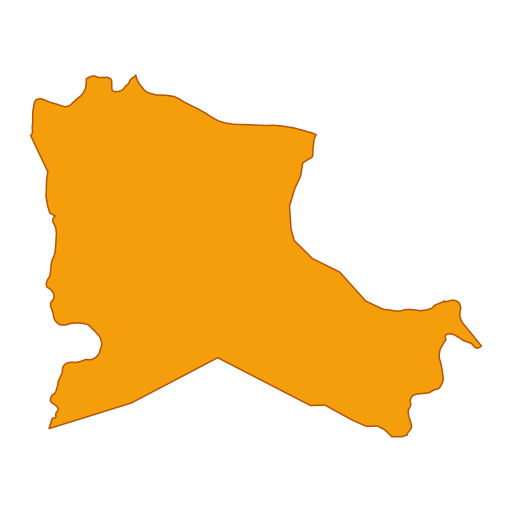 Bosquet D'Or, Dennery, Saint Lucia
{"feature_id": "8701671B26596683393313", "entity_name": "Bosquet D'Or", "entity_type": "district", "adm_level": 2, "iso_a3": "LCA", "parent_name": "Saint Lucia", "parent_adm1": "Dennery", "projection": "albers", "projection_center": [-60.913, 13.929], "detail": "fine", "context": "isolated", "style": "filled", "palette": "amber", "viewbox_px": 512, "rotation_deg": 0, "n_neighbors": 0, "source": "geoboundaries", "source_scale": "gbopen_adm2", "svg_char_len": 5812}
<svg xmlns="http://www.w3.org/2000/svg" viewBox="0 0 512 512"><path d="M135.8,75.3L135.2,76.1L131.6,78.5L130.1,80.3L128.9,82.8L127.9,84.4L125.9,85.8L125.1,86.7L123.6,88.9L122.3,90.2L119.9,91.1L116.5,91.7L114.5,91.7L112.5,90.7L111.9,89.4L111.8,87.0L111.8,83.1L111.6,80.8L111.0,79.4L110.7,78.9L110.3,78.5L108.1,77.7L107.3,77.3L98.3,77.5L96.4,76.7L95.2,76.2L93.6,76.0L91.5,76.2L88.1,77.7L86.8,78.4L86.2,79.2L86.3,83.3L85.8,85.9L85.4,88.7L83.2,93.0L81.8,94.8L80.2,96.4L78.0,98.0L74.4,101.1L72.1,103.5L69.7,105.7L65.3,106.8L64.2,106.6L61.4,105.8L56.3,104.0L52.3,103.0L48.4,101.6L43.2,99.4L40.5,98.6L39.3,98.7L36.9,99.4L35.9,100.1L34.9,101.5L34.3,103.1L33.5,107.9L32.9,110.7L32.6,118.5L32.9,121.2L32.6,122.9L32.3,125.7L32.3,128.5L32.5,131.6L32.3,132.9L32.1,133.8L31.9,134.1L30.7,135.6L47.9,171.9L46.6,179.3L46.3,190.2L46.0,196.5L47.6,205.8L49.9,213.2L55.2,215.9L53.4,218.0L53.2,218.4L53.0,218.7L52.8,219.7L52.7,220.7L52.7,221.1L53.0,222.0L53.5,223.1L54.0,223.9L55.6,227.4L55.8,228.3L56.0,229.7L56.2,231.4L56.4,232.8L56.3,235.2L56.2,236.9L56.0,240.1L55.9,241.0L55.9,243.5L55.6,246.3L55.4,248.9L55.0,251.7L54.8,253.2L54.3,254.9L53.9,256.1L53.1,257.9L52.4,259.5L52.0,260.7L51.4,262.9L51.1,265.4L50.7,269.9L50.6,270.9L50.3,273.5L49.9,275.7L49.6,276.5L48.3,278.4L48.0,278.8L47.5,279.6L47.1,280.6L46.4,283.1L46.3,283.6L46.3,285.1L46.4,285.5L47.1,287.0L47.4,287.4L48.7,288.1L49.8,288.8L50.6,289.4L51.3,290.1L53.0,292.7L53.3,293.2L53.8,294.6L53.9,295.0L54.0,295.5L54.1,296.0L54.0,296.5L53.8,297.5L53.8,298.0L53.7,298.5L53.5,299.0L52.2,300.6L51.6,301.5L50.8,302.8L50.6,303.3L50.5,306.1L50.7,306.6L51.0,307.5L52.6,311.6L53.0,312.7L53.2,313.7L53.6,316.3L53.9,317.7L54.3,318.9L54.5,319.3L54.9,320.4L55.1,320.7L56.8,322.5L57.7,323.3L58.1,323.6L58.9,324.2L59.4,324.4L59.9,324.7L60.9,325.0L61.2,325.0L64.6,325.0L65.5,325.0L67.0,324.6L69.2,323.9L70.9,323.4L73.4,323.1L74.8,323.1L76.9,322.9L78.1,322.9L79.8,323.1L80.6,323.2L81.0,323.2L84.5,323.7L86.7,324.3L87.8,324.7L88.6,325.1L89.5,325.8L90.6,326.9L91.8,328.3L92.4,328.9L93.4,329.8L94.7,331.0L95.9,332.3L97.8,334.5L98.6,335.4L99.4,336.3L99.8,336.9L100.1,337.6L100.4,338.3L100.7,339.0L101.5,342.1L101.7,343.5L101.4,346.4L101.1,347.5L100.0,350.4L99.4,352.5L99.1,353.5L98.9,353.9L98.5,354.4L97.9,355.2L95.7,357.4L94.8,358.1L94.4,358.3L92.7,359.0L91.7,359.4L90.6,359.7L89.7,359.8L89.1,359.8L87.3,359.5L86.7,359.5L85.3,359.7L83.8,360.2L80.8,361.3L79.1,361.8L76.7,362.4L76.1,362.4L75.1,362.4L74.4,362.4L72.7,362.2L71.3,362.2L69.7,362.4L67.7,362.8L66.7,363.2L66.3,363.4L64.6,364.7L64.0,365.4L63.4,366.2L62.9,367.2L62.6,368.1L62.5,368.5L62.4,369.7L62.4,371.2L62.4,371.7L62.2,372.1L62.2,372.5L62.1,372.9L60.3,376.8L59.4,379.1L59.2,379.5L58.6,380.4L58.4,380.9L58.3,381.3L58.2,382.0L57.9,384.7L57.7,385.4L57.3,386.5L57.0,387.7L56.7,388.6L55.6,392.3L55.3,392.8L55.0,393.1L54.1,393.9L53.1,394.5L52.0,395.5L51.7,395.7L51.2,396.5L50.5,399.0L50.4,399.5L50.5,401.1L50.7,401.5L52.5,403.3L53.9,404.1L55.1,404.9L55.9,405.6L57.1,406.8L57.7,407.6L57.9,408.0L58.0,408.5L58.1,409.3L58.1,409.8L58.0,410.3L57.7,410.8L56.8,411.9L56.3,412.7L55.8,413.5L55.7,414.5L55.7,415.0L55.9,416.3L55.9,416.8L55.8,417.2L55.5,417.6L55.0,417.8L54.5,417.9L53.5,418.1L53.0,418.2L52.6,418.4L52.2,418.8L51.9,419.2L51.1,421.6L50.8,422.6L50.6,423.6L49.6,426.9L49.0,428.2L49.5,428.5L131.3,403.0L217.7,357.7L310.4,405.5L325.0,405.1L351.5,419.7L366.5,426.4L377.5,426.0L384.8,429.8L391.9,436.7L402.2,436.7L407.2,434.9L407.4,433.9L408.1,432.5L410.6,429.1L411.3,427.9L411.6,426.6L411.3,424.5L410.7,422.7L410.2,420.6L409.9,419.3L408.7,416.4L408.5,415.2L408.4,413.4L408.1,411.7L408.3,410.7L408.3,410.3L408.9,409.0L410.6,405.5L410.9,404.5L410.5,403.3L410.2,401.1L410.3,400.1L410.8,398.5L411.8,396.6L413.3,395.3L415.1,394.6L416.7,394.1L417.7,394.0L418.9,394.0L421.3,393.5L422.7,393.5L425.8,393.2L428.0,392.9L430.0,392.3L433.2,390.3L434.7,389.7L436.8,389.3L438.3,388.7L438.9,388.3L439.7,387.5L441.2,385.1L442.6,382.0L443.2,379.8L443.3,378.2L443.1,376.6L442.8,375.1L442.5,372.8L442.2,370.6L441.8,368.5L441.5,366.9L441.2,364.7L440.8,363.2L440.4,361.6L439.9,360.1L439.4,358.5L439.2,356.7L439.2,354.6L439.6,351.8L440.0,350.4L440.1,349.4L440.8,348.0L443.5,343.2L445.0,341.1L445.8,340.0L445.8,339.0L445.4,338.0L445.2,336.9L445.5,335.5L446.5,334.5L447.3,334.1L448.7,334.0L449.6,334.0L452.4,334.2L453.8,334.6L455.0,335.1L456.1,335.9L457.1,336.5L458.8,337.4L460.2,338.3L462.1,339.8L463.3,340.5L466.7,341.7L471.3,343.5L472.4,344.4L473.9,346.3L475.0,347.3L476.0,347.9L477.3,348.1L478.0,348.1L479.0,347.5L479.9,347.1L481.0,346.3L481.3,345.8L461.8,321.9L459.9,316.6L459.9,312.4L460.8,307.3L459.2,303.0L456.8,301.0L454.0,300.2L451.2,300.3L446.2,301.7L445.0,301.9L444.3,300.9L443.2,301.8L440.6,302.7L439.0,303.5L435.6,304.8L434.8,305.2L433.7,306.2L432.5,307.6L431.3,308.5L426.7,309.9L424.9,310.1L423.2,310.3L421.3,310.7L419.2,310.7L418.0,310.3L415.9,310.1L413.8,309.8L412.0,309.7L410.6,309.5L408.9,309.4L405.0,309.7L400.1,311.1L394.4,311.0L391.8,310.4L383.3,309.3L365.8,301.1L352.0,285.8L339.8,272.1L312.3,258.5L294.2,240.5L291.0,229.0L289.5,206.1L294.8,188.6L300.6,176.0L302.7,162.9L303.1,162.7L304.6,161.7L306.3,160.6L308.1,159.5L309.6,158.7L310.5,158.1L311.6,157.5L312.4,156.8L312.7,155.3L312.8,154.0L312.8,153.0L312.9,150.7L312.9,148.3L313.4,145.4L313.6,143.7L313.8,142.4L313.8,141.0L314.4,138.8L315.1,136.6L316.1,134.7L310.2,132.2L309.5,132.5L307.0,131.5L293.8,127.9L279.6,125.7L272.7,125.3L265.7,125.5L258.6,125.2L247.9,124.7L243.3,124.6L233.1,124.3L225.4,123.0L219.0,121.1L216.5,119.9L213.3,118.1L210.5,116.5L205.1,112.8L202.3,111.4L199.1,109.5L192.9,106.5L187.7,103.8L183.6,101.8L181.4,100.2L177.7,98.1L173.9,96.5L171.4,96.0L164.8,95.2L157.9,95.0L155.5,94.8L152.1,93.9L148.7,92.8L146.7,91.9L145.2,90.9L144.1,90.0L143.2,88.5L142.8,88.1L141.1,86.3L139.7,84.3L137.9,81.4L136.7,78.6L135.8,75.3Z" fill="#f59e0b" stroke="#b45309" stroke-width="1.5"/></svg>